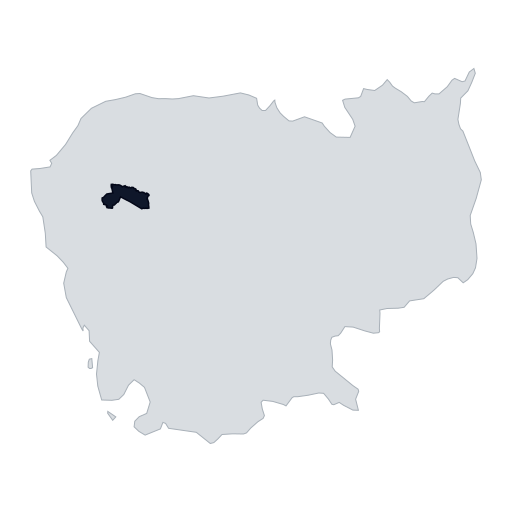 location of Aek Phnum, Batdâmbâng, Cambodia
{"feature_id": "14789045B18738075075755", "entity_name": "Aek Phnum", "entity_type": "district", "adm_level": 2, "iso_a3": "KHM", "parent_name": "Cambodia", "parent_adm1": "Batdâmbâng", "projection": "mercator", "projection_center": [103.494, 13.247], "detail": "fine", "context": "in_parent", "style": "filled", "palette": "ink", "viewbox_px": 512, "rotation_deg": 0, "n_neighbors": 0, "source": "geoboundaries", "source_scale": "gbopen_adm2", "svg_char_len": 6986}
<svg xmlns="http://www.w3.org/2000/svg" viewBox="0 0 512 512"><path d="M473.9,68.5L475.3,73.3L471.7,82.5L467.9,90.8L460.7,98.1L460.4,103.4L457.9,119.4L458.9,124.4L460.5,128.8L462.9,131.1L469.1,146.7L474.7,160.9L480.3,172.5L481.3,179.8L476.2,198.4L470.2,215.5L470.7,224.0L473.3,232.5L476.0,243.9L477.0,258.4L475.5,267.8L472.8,273.7L467.7,279.7L463.2,282.8L457.8,277.7L453.5,277.4L447.7,279.0L443.2,281.3L434.0,290.1L423.8,298.7L409.6,300.9L404.1,307.3L398.2,308.2L387.0,308.5L379.7,310.0L380.0,313.2L379.4,328.3L379.6,331.8L378.5,332.7L373.4,333.2L364.8,330.9L353.2,327.1L344.9,326.6L340.7,333.1L338.2,335.7L335.0,336.1L331.8,337.3L330.7,340.2L330.4,343.9L332.0,350.1L332.6,360.1L332.2,366.9L335.2,371.2L352.9,385.6L358.1,389.2L358.7,391.4L355.6,399.2L358.4,410.3L352.9,410.1L343.6,405.3L339.2,402.4L333.8,404.7L331.9,404.3L328.3,398.9L323.6,393.3L318.7,393.0L308.3,395.2L297.8,396.7L293.8,396.7L292.1,397.7L286.0,405.9L283.4,404.5L272.8,401.4L263.1,400.2L261.1,402.3L262.3,409.0L264.4,415.6L263.1,418.4L257.8,421.8L250.8,428.0L246.5,432.9L243.5,434.0L232.7,433.8L222.0,434.5L217.8,439.0L213.8,442.6L210.3,443.5L196.3,432.3L168.6,428.3L165.6,423.4L162.9,422.4L160.4,428.9L145.1,435.1L138.8,431.3L134.1,426.8L134.8,421.2L139.2,416.7L146.7,413.4L150.2,402.0L144.5,387.4L139.4,383.1L134.1,379.7L128.5,385.2L123.8,394.5L118.8,399.3L111.9,400.3L101.7,400.0L97.8,386.1L96.5,374.1L97.9,360.5L99.4,352.4L89.6,341.3L89.1,330.7L84.3,325.2L82.9,328.0L83.1,331.0L81.7,328.8L66.3,297.6L63.7,283.2L66.3,272.0L67.9,268.3L63.4,262.4L57.1,255.8L46.1,247.0L45.3,233.2L42.8,216.8L39.5,211.3L34.4,201.3L31.7,192.9L30.7,170.9L32.1,169.1L40.0,168.5L50.1,166.9L51.7,163.3L49.9,160.3L56.4,155.4L65.6,144.4L72.7,132.9L77.9,125.7L81.0,118.5L91.4,108.3L105.7,101.3L115.4,99.6L125.6,97.2L135.3,93.8L139.9,93.5L151.9,97.6L158.5,98.7L165.3,98.6L172.4,99.0L178.6,98.6L193.4,95.7L209.0,98.0L223.0,96.2L240.4,92.9L248.9,95.0L256.6,98.3L257.7,105.1L259.5,108.1L262.1,110.5L265.5,110.5L269.9,105.8L273.6,101.0L274.8,100.1L275.0,102.4L276.8,107.7L280.1,112.9L283.5,116.3L289.0,120.9L292.7,121.1L304.5,116.8L322.2,123.0L324.3,126.2L330.1,132.6L336.3,137.1L350.1,137.4L355.1,126.2L352.7,119.3L344.8,107.4L342.6,100.3L345.1,99.1L358.5,97.8L360.7,96.4L363.6,88.6L367.3,89.5L374.7,90.5L382.5,85.2L387.2,79.6L389.7,82.2L392.5,86.1L395.5,88.3L401.2,91.7L407.4,96.4L411.2,101.0L414.3,102.8L422.3,101.5L424.4,101.7L429.0,96.1L432.2,93.1L435.0,93.9L439.0,93.9L447.3,86.7L452.0,80.2L454.6,78.4L462.1,81.7L465.0,81.0L469.3,72.0L473.9,68.5ZM92.6,367.7L91.0,368.5L89.6,368.5L88.1,367.2L88.3,362.2L89.3,359.2L91.8,358.6L92.6,367.7ZM115.8,416.9L112.7,420.3L107.7,413.3L107.8,411.4L115.8,416.9Z" fill="#d9dde1" stroke="#a8b0b8" stroke-width="1"/><path d="M110.6,184.5L111.2,184.6L111.4,184.7L111.4,184.8L111.3,185.2L111.2,185.3L111.2,185.5L111.3,185.5L111.5,185.6L111.3,185.7L111.2,185.8L111.2,186.1L111.3,186.2L111.5,186.3L111.9,186.5L112.1,186.5L111.9,186.7L111.7,186.7L111.4,186.4L111.3,186.5L111.3,186.8L111.4,187.0L111.7,187.3L111.9,187.5L111.7,187.6L111.9,187.8L111.7,188.0L111.8,188.1L112.9,193.0L109.7,193.5L106.8,194.0L104.7,196.1L104.2,196.7L103.8,197.1L103.4,197.5L102.8,197.7L102.2,197.9L102.1,198.8L102.1,200.0L102.2,200.6L102.3,201.0L102.8,201.8L103.0,202.2L103.4,202.8L103.5,203.0L103.7,203.5L103.7,203.9L103.7,204.3L103.8,204.3L104.2,204.3L104.5,204.3L104.8,204.4L104.8,204.6L106.2,204.8L106.2,205.2L106.3,205.8L106.4,206.0L106.5,206.1L106.6,206.3L106.9,206.1L107.1,205.7L107.5,205.9L107.5,206.0L107.4,206.0L107.2,205.9L107.1,206.0L107.2,206.4L107.0,206.8L106.8,206.8L106.7,206.9L106.8,207.0L107.0,207.3L107.0,207.6L107.5,207.7L108.1,207.9L108.8,208.0L109.7,208.0L109.9,208.0L110.2,208.0L111.2,208.2L111.7,208.2L112.3,208.2L112.5,208.0L112.5,207.8L112.6,207.1L112.6,205.8L112.8,205.6L113.0,205.4L113.0,205.1L114.2,205.0L114.5,204.9L114.9,204.4L115.6,203.7L115.9,203.4L116.2,203.2L116.4,202.9L116.9,202.4L117.2,202.3L117.5,202.1L118.3,201.9L118.8,200.9L119.1,200.2L119.3,199.9L119.4,199.4L120.4,197.2L120.6,196.9L120.7,197.0L121.4,197.3L121.7,197.4L122.1,197.6L122.4,197.8L122.8,198.0L123.5,198.4L125.1,199.2L126.4,199.9L127.1,200.3L127.4,200.4L127.9,200.6L128.6,201.0L129.2,201.3L130.0,201.7L131.0,202.3L141.8,208.8L142.7,208.4L142.9,208.3L143.0,208.3L143.1,208.2L143.3,208.2L143.5,208.1L143.6,208.3L144.3,208.4L144.6,208.4L145.1,208.3L145.3,208.3L145.6,208.3L145.7,208.2L145.8,208.1L146.0,208.0L146.5,208.2L146.5,208.3L146.8,208.3L147.0,208.4L147.3,208.2L147.8,208.1L147.9,208.3L148.0,208.3L148.3,208.2L148.9,208.1L148.9,207.8L148.9,207.7L148.8,207.3L148.8,207.1L148.8,206.9L148.8,206.5L148.7,206.3L148.7,206.1L148.6,205.2L148.6,204.5L148.5,204.0L148.5,203.9L148.5,203.7L148.7,203.4L148.7,203.2L148.6,202.7L148.4,202.3L148.3,201.7L148.0,200.6L147.8,200.3L147.7,199.9L147.7,199.7L147.4,199.5L147.2,199.4L147.1,199.2L147.3,198.8L147.2,198.7L147.3,198.6L147.4,198.1L147.3,197.9L147.3,197.6L147.5,197.4L147.6,197.2L147.7,196.9L147.7,196.7L147.8,196.5L147.9,196.3L148.0,196.2L148.4,195.9L148.5,195.8L148.9,195.6L149.0,195.4L148.9,194.8L148.9,194.7L148.4,194.1L147.4,193.5L147.3,193.4L146.9,193.1L146.5,193.1L146.4,193.2L146.4,193.3L146.6,193.3L146.6,193.5L146.4,193.6L146.2,193.9L145.8,194.1L145.7,194.1L145.6,193.9L145.3,193.8L145.2,193.7L145.2,193.4L144.8,193.3L144.4,193.0L144.2,192.9L143.9,192.5L143.7,192.5L143.6,192.4L143.4,192.4L143.2,192.6L142.9,192.5L142.7,192.4L142.5,192.2L142.4,192.2L142.1,192.1L141.6,192.2L141.3,192.3L141.1,192.3L140.9,192.5L140.7,192.6L140.4,192.5L140.3,192.4L140.1,192.4L139.6,192.4L139.4,192.5L139.2,192.4L139.1,192.2L138.9,192.2L138.7,191.9L138.7,191.5L138.6,191.4L138.4,191.1L138.3,190.9L138.1,190.8L137.4,190.7L137.2,190.7L137.1,190.8L137.0,191.0L136.9,191.0L136.7,191.0L136.5,190.9L136.4,190.9L136.3,190.7L136.2,190.7L136.2,190.0L136.1,189.8L136.0,189.7L135.8,189.7L135.9,189.3L135.9,189.2L135.5,188.9L134.9,188.6L134.4,188.6L133.8,188.4L133.7,188.4L133.7,188.2L133.7,187.9L133.6,187.7L133.3,187.5L132.8,187.4L132.6,187.4L132.0,187.3L131.8,187.3L131.5,187.4L131.4,187.5L131.2,187.6L131.1,187.8L131.0,188.0L130.9,188.0L130.7,188.0L130.2,187.8L129.9,187.6L129.5,187.2L129.4,187.2L129.2,187.3L129.0,187.5L128.6,187.8L128.3,187.8L128.0,187.8L127.9,187.7L127.7,187.5L127.6,187.4L127.7,187.2L127.3,187.2L127.1,187.2L126.9,187.2L127.1,187.0L127.1,186.9L126.9,186.9L126.7,187.1L126.6,186.9L126.4,186.8L126.4,186.7L126.2,186.6L126.1,186.8L125.8,186.6L125.7,186.5L125.5,186.4L125.4,186.4L125.3,186.5L125.3,186.4L125.2,186.5L125.1,186.4L124.9,186.3L124.9,186.2L124.7,185.9L124.4,185.9L124.2,185.9L124.0,186.2L123.9,186.3L123.7,186.3L123.3,186.4L123.2,186.4L122.8,186.5L122.6,186.5L122.4,186.8L122.2,186.7L121.8,186.4L121.7,186.4L121.7,186.2L121.4,186.0L120.7,185.5L120.3,185.4L120.2,185.3L119.9,185.1L119.4,185.0L119.2,184.9L118.7,184.8L118.3,184.9L117.6,184.9L116.7,184.9L115.6,184.8L115.5,184.7L115.4,184.8L115.1,184.8L114.5,184.7L113.9,184.6L113.2,184.4L112.9,184.3L112.5,184.3L112.0,184.3L111.5,184.4L111.1,184.4L111.0,184.5L110.6,184.5Z" fill="#0f172a" stroke="#020617" stroke-width="1.5"/></svg>